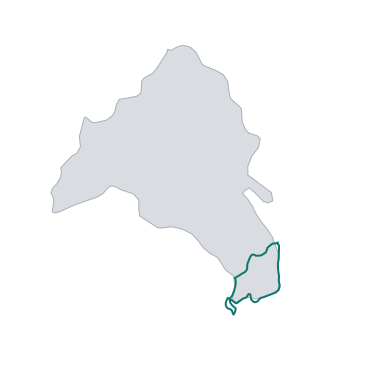 La Altagracia on a map of Dominican Republic (Equal Earth projection), rotated 42°
{"feature_id": "DOM-1987", "entity_name": "La Altagracia", "entity_type": "Province", "adm_level": 1, "iso_a3": "DOM", "parent_name": "Dominican Republic", "parent_adm1": "", "projection": "equal_earth", "projection_center": [-68.677, 18.544], "detail": "fine", "context": "in_parent", "style": "outline", "palette": "teal", "viewbox_px": 384, "rotation_deg": 42, "n_neighbors": 0, "source": "natural_earth", "source_scale": "10m", "svg_char_len": 2575}
<svg xmlns="http://www.w3.org/2000/svg" viewBox="0 0 384 384"><g transform="rotate(42 192 192)"><path d="M78.2,261.8L78.6,246.1L80.5,239.7L78.8,233.0L71.0,225.9L66.3,216.7L62.1,208.6L63.1,207.4L71.6,207.1L74.6,204.1L80.4,195.8L81.6,189.1L81.1,184.1L77.4,178.0L76.0,171.6L80.6,166.1L86.7,158.0L87.5,154.9L87.4,151.8L80.5,143.3L80.0,139.6L83.3,130.4L83.1,124.3L80.0,105.2L78.4,102.3L81.6,100.7L83.6,95.0L86.4,90.0L90.0,87.2L94.2,85.5L102.3,85.7L113.6,90.1L116.8,90.0L127.7,86.0L136.7,83.8L145.2,86.3L148.6,89.7L155.6,95.2L159.1,96.9L170.1,96.7L173.2,97.3L182.4,106.3L190.2,109.9L194.8,110.1L202.9,106.6L207.0,106.7L211.6,114.5L212.5,125.5L216.3,135.6L222.2,142.0L251.5,139.3L258.0,144.6L255.8,149.0L251.6,151.3L237.7,150.3L231.6,150.8L230.4,155.2L230.4,159.2L238.5,160.2L246.5,162.2L254.6,165.5L262.9,167.7L272.2,169.2L281.4,171.5L296.7,179.5L313.6,197.5L318.2,201.7L321.2,207.3L319.7,214.3L313.7,225.7L310.3,229.4L305.3,231.7L301.8,236.4L298.5,244.4L296.5,245.0L294.1,244.7L290.1,240.2L287.2,233.2L279.0,226.7L269.3,227.5L255.0,223.6L246.3,225.5L237.6,225.9L228.8,224.0L219.8,223.3L210.9,225.7L202.3,229.9L199.1,232.6L193.5,239.1L190.6,241.5L169.5,244.8L163.5,240.0L157.9,233.5L149.8,232.6L138.1,237.7L130.8,239.5L127.8,241.7L126.9,244.1L126.8,253.3L125.1,258.8L113.6,279.8L107.1,294.6L104.4,299.2L101.3,300.2L95.7,291.7L92.1,288.6L87.7,287.1L85.9,282.5L86.0,276.1L84.8,269.9L82.1,265.0L78.2,261.8Z" fill="#d9dde1" stroke="#a8b0b8" stroke-width="1"/><path d="M289.6,172.3L290.2,172.9L290.8,173.3L292.1,173.4L292.8,173.8L301.0,183.5L304.1,188.2L308.3,192.4L311.4,195.1L312.3,195.6L312.7,196.0L315.9,199.9L320.0,203.0L321.9,206.8L321.5,210.6L314.9,223.5L314.4,224.0L313.9,224.7L313.7,225.6L313.9,228.9L313.7,229.8L312.9,231.4L311.8,232.2L310.3,232.4L308.6,232.4L307.3,231.9L304.5,229.5L303.5,229.1L302.3,230.1L302.5,231.6L302.9,233.5L302.3,235.3L301.4,236.8L300.9,238.5L299.8,244.1L299.4,245.0L298.6,245.4L292.6,246.0L291.4,245.5L291.2,242.0L289.5,237.4L287.1,232.9L285.0,229.8L282.8,227.9L281.4,227.1L282.7,223.2L283.9,218.9L284.9,216.1L284.8,213.2L283.3,210.8L281.5,208.8L280.2,205.6L279.0,202.2L278.5,200.2L278.7,198.1L280.3,196.9L282.2,196.6L285.8,192.9L287.3,187.5L285.4,182.8L285.9,178.8L286.3,177.8L286.3,176.5L288.3,174.5L289.6,172.3ZM298.2,249.4L301.8,249.2L302.8,249.7L303.5,250.9L304.3,252.8L304.8,254.5L304.7,255.2L303.6,254.9L301.3,253.6L300.2,253.3L298.9,253.5L296.7,254.4L295.5,254.6L293.0,253.7L291.2,251.7L290.1,249.1L289.5,246.8L290.5,246.4L291.8,246.7L293.0,247.5L294.1,248.4L294.9,248.8L298.2,249.4Z" fill="none" stroke="#0f766e" stroke-width="2"/></g></svg>